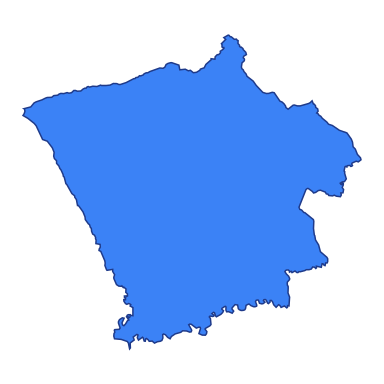 the district of Purbalingga, Jawa Tengah, Indonesia
{"feature_id": "22746128B86887436396051", "entity_name": "Purbalingga", "entity_type": "district", "adm_level": 2, "iso_a3": "IDN", "parent_name": "Indonesia", "parent_adm1": "Jawa Tengah", "projection": "albers", "projection_center": [109.403, -7.327], "detail": "fine", "context": "isolated", "style": "filled", "palette": "blue", "viewbox_px": 384, "rotation_deg": 0, "n_neighbors": 0, "source": "geoboundaries", "source_scale": "gbopen_adm2", "svg_char_len": 5929}
<svg xmlns="http://www.w3.org/2000/svg" viewBox="0 0 384 384"><path d="M318.0,113.7L316.7,113.0L318.1,111.2L317.7,108.9L315.7,107.4L315.5,105.7L314.2,104.1L313.4,104.0L312.1,100.8L310.1,102.7L308.6,103.5L300.2,105.9L297.4,105.9L294.3,105.0L293.1,105.2L288.1,109.2L285.9,107.5L285.6,106.1L284.1,103.9L282.2,102.1L279.9,101.1L274.2,92.7L272.2,92.3L268.7,93.4L266.4,93.5L262.8,92.4L256.2,85.4L253.2,81.1L247.0,76.3L246.1,74.0L243.9,71.5L243.3,69.9L241.9,68.7L241.4,67.0L242.0,62.9L244.1,61.0L244.5,59.9L244.3,58.8L243.3,57.9L243.3,57.2L243.9,56.1L246.4,54.6L245.8,52.3L243.1,49.5L243.0,48.6L241.2,47.1L240.8,47.3L239.6,46.5L239.6,45.3L238.0,43.5L238.1,40.6L237.3,40.3L236.4,39.1L234.3,39.3L231.3,36.8L230.3,36.8L229.0,35.3L228.2,35.1L223.8,37.6L225.7,39.4L221.4,43.7L222.0,44.6L222.0,47.0L222.7,47.6L223.8,47.5L224.0,48.2L223.1,49.3L220.2,51.3L220.5,52.5L219.8,53.6L218.6,54.6L217.2,54.7L215.2,56.7L214.9,59.2L211.1,58.7L211.1,59.8L205.9,64.4L204.2,67.8L200.4,69.1L199.8,70.3L196.5,72.3L193.3,72.7L190.4,70.3L188.3,70.8L185.3,69.2L179.8,69.8L178.9,65.1L171.8,62.7L170.6,62.7L168.0,63.4L166.1,64.5L164.8,67.2L163.1,68.3L159.8,68.0L150.0,71.5L147.7,72.8L146.2,72.8L144.1,73.8L143.1,75.0L140.7,75.9L139.5,75.7L137.8,77.3L135.8,77.6L135.2,78.5L133.7,78.7L126.1,82.6L120.3,84.5L118.9,84.5L116.8,83.6L113.3,83.5L110.1,85.1L106.1,85.5L101.5,85.5L100.6,85.1L97.0,86.5L92.8,86.2L89.6,87.1L88.2,86.5L87.1,86.9L86.0,88.3L85.0,88.1L83.1,89.0L80.8,91.0L77.3,91.2L75.6,90.5L73.8,90.5L71.5,92.7L69.0,93.2L67.1,92.6L63.8,93.6L60.8,93.4L59.0,94.1L57.7,95.2L53.8,95.6L51.7,97.3L47.2,97.5L45.5,98.1L41.9,99.9L36.2,101.8L34.1,102.9L30.8,106.9L23.9,108.7L24.6,109.1L24.9,111.4L24.2,113.6L23.0,115.5L27.8,118.3L34.2,123.4L36.2,125.8L42.6,139.5L47.3,141.2L52.3,147.8L54.1,152.3L53.7,156.2L54.4,158.6L56.5,160.7L56.6,163.4L58.9,166.0L59.8,168.4L61.1,170.1L63.1,174.6L63.3,176.2L64.2,177.1L65.9,183.7L66.8,184.5L71.9,193.6L74.6,195.8L74.8,197.3L76.4,199.6L77.5,205.4L77.9,205.2L79.1,206.4L83.0,211.9L85.0,216.8L85.3,219.6L88.4,223.9L89.5,224.6L90.4,227.5L91.3,228.3L91.6,231.4L92.7,234.1L94.5,235.2L95.6,237.5L95.5,238.8L96.1,239.9L95.9,243.6L100.1,244.4L100.3,247.2L99.2,249.0L99.0,250.5L100.8,251.4L104.8,260.8L105.2,263.1L104.9,265.5L106.5,269.7L107.0,270.3L112.7,269.4L112.7,271.5L114.6,274.7L113.8,277.2L113.9,278.6L116.5,284.6L118.8,286.1L121.6,286.3L121.9,285.9L123.3,287.6L123.9,287.2L126.0,289.0L125.8,292.4L127.4,293.8L127.5,296.0L126.7,296.4L126.6,295.9L124.4,296.0L124.5,297.8L125.5,297.8L125.5,299.7L123.8,299.7L123.9,301.2L125.5,303.6L126.8,304.3L128.7,303.5L129.7,303.9L130.8,304.6L130.1,306.0L132.9,307.6L132.9,315.7L131.2,315.4L130.3,316.1L130.2,314.7L128.2,314.7L127.3,315.2L126.8,316.2L129.4,317.4L128.5,318.1L127.2,317.7L128.8,320.0L127.6,320.5L125.5,324.0L123.9,325.7L122.6,325.0L122.0,322.9L124.1,318.2L122.3,317.8L119.5,319.6L118.5,321.5L118.4,322.9L120.1,328.0L119.2,329.3L114.8,329.6L114.3,330.2L114.8,332.2L114.0,333.6L113.8,336.1L114.5,338.8L121.2,339.4L127.3,341.5L128.4,343.1L129.6,348.9L130.4,347.9L130.2,343.0L134.2,340.0L133.2,337.0L136.9,334.4L138.0,335.0L137.3,337.7L138.5,340.1L142.5,337.2L143.1,337.7L144.2,341.1L145.3,341.2L145.7,338.9L146.5,338.5L148.0,339.6L149.2,341.3L152.2,341.1L154.5,343.1L157.5,341.7L160.2,341.3L161.9,340.5L162.9,338.0L162.7,334.6L163.5,334.0L165.4,334.7L167.6,337.3L170.1,338.8L171.4,336.5L175.2,333.9L180.8,332.3L182.6,330.8L186.6,331.0L189.6,332.1L191.1,331.9L191.7,330.6L191.5,329.7L188.7,324.7L189.7,324.1L191.1,324.2L196.3,328.1L199.1,327.1L200.2,327.4L200.5,328.5L198.9,333.6L202.2,335.1L205.4,335.2L206.5,333.7L206.9,331.6L205.1,329.2L205.3,328.5L210.1,325.7L211.0,324.5L210.4,318.4L209.3,317.0L209.5,316.4L210.3,316.1L212.8,316.5L213.8,316.1L213.9,315.2L211.9,313.6L213.5,312.3L214.5,312.7L215.6,316.0L216.4,316.8L220.8,314.4L222.7,312.5L223.5,310.7L221.8,309.2L221.9,308.4L224.7,306.5L225.6,306.4L226.0,307.1L225.9,310.0L226.6,311.8L228.7,311.7L232.2,313.2L233.7,311.1L232.0,309.0L232.1,307.9L235.0,304.6L237.6,305.0L238.3,308.7L239.3,309.7L241.1,310.5L243.1,310.4L244.7,309.9L245.5,308.7L246.1,305.3L248.5,304.1L249.2,304.1L250.9,305.6L253.5,306.7L254.9,306.8L256.6,306.2L256.8,305.2L255.5,301.7L256.2,300.3L257.3,300.0L258.4,300.2L259.5,303.3L261.9,303.9L263.4,303.5L265.0,302.1L263.4,300.7L263.9,299.7L265.2,299.5L266.2,300.2L267.6,303.1L268.4,303.6L270.0,302.2L270.1,300.5L271.2,300.4L272.4,301.5L273.7,304.8L276.1,307.3L278.6,304.7L279.8,305.4L281.1,307.4L284.4,306.0L286.8,307.9L287.5,307.2L287.6,305.6L289.0,305.9L289.6,297.1L288.0,292.9L288.2,287.8L288.1,286.2L287.4,285.3L287.2,283.2L287.4,282.0L289.5,279.7L289.7,278.7L288.7,276.3L286.4,274.0L284.9,271.6L285.6,270.5L286.6,270.0L288.4,270.0L289.3,270.9L289.5,272.1L291.1,271.3L292.0,272.6L295.0,271.0L296.8,272.5L297.9,272.6L299.0,271.6L300.1,271.8L304.8,270.6L306.3,269.7L309.1,269.7L311.4,269.0L312.6,267.0L314.5,267.2L315.8,268.5L316.5,267.8L316.4,266.2L321.3,267.3L322.1,263.7L323.0,263.8L324.2,265.4L325.1,265.6L325.6,263.0L327.2,262.9L327.7,261.5L327.7,258.8L326.9,257.3L320.4,251.7L318.6,244.9L315.5,239.9L314.8,235.7L314.3,234.9L313.5,228.5L313.8,221.2L313.4,219.6L304.8,212.6L303.8,212.5L301.6,210.0L299.8,209.4L299.0,207.2L306.0,189.5L307.3,188.5L308.3,188.5L312.4,191.5L313.6,193.0L315.7,192.4L318.2,190.6L320.4,190.2L325.3,192.1L326.3,193.9L328.0,194.2L328.8,195.5L332.5,195.9L334.3,195.2L336.4,196.2L340.4,196.7L341.3,195.0L340.8,193.0L343.0,192.8L343.6,189.5L342.2,187.6L343.3,184.9L343.3,183.4L342.5,183.0L341.7,184.6L340.9,184.3L340.2,183.2L342.3,181.9L344.5,181.6L346.3,178.9L344.6,173.1L344.8,171.8L344.1,171.0L344.9,166.9L345.4,166.4L346.9,167.0L347.2,165.7L350.0,165.4L350.7,166.4L351.6,166.3L352.5,165.6L351.7,164.0L352.2,163.0L356.2,161.2L358.3,161.9L361.0,159.8L360.5,157.8L357.4,154.4L355.3,149.1L353.1,146.8L352.5,142.1L351.3,139.1L346.9,132.9L339.4,130.3L332.4,125.5L328.5,124.2L327.0,122.2L322.3,118.3L320.8,116.3L319.0,115.2L318.0,113.7Z" fill="#3b82f6" stroke="#1e3a8a" stroke-width="1.5"/></svg>